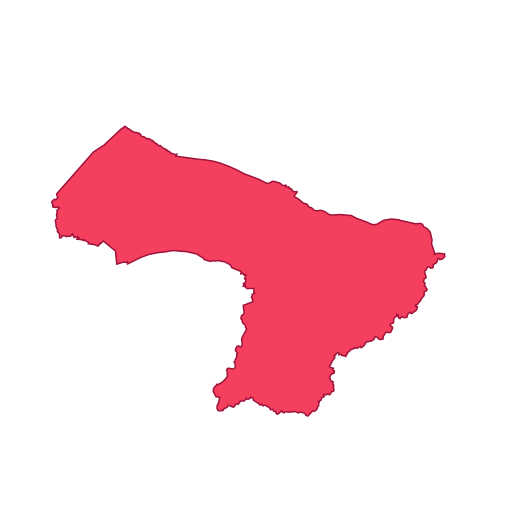 Selwyn District, Canterbury, New Zealand, rotated 159°
{"feature_id": "76426892B38400120345954", "entity_name": "Selwyn District", "entity_type": "district", "adm_level": 2, "iso_a3": "NZL", "parent_name": "New Zealand", "parent_adm1": "Canterbury", "projection": "robinson", "projection_center": [171.861, -43.322], "detail": "fine", "context": "isolated", "style": "filled", "palette": "rose", "viewbox_px": 512, "rotation_deg": 159, "n_neighbors": 0, "source": "geoboundaries", "source_scale": "gbopen_adm2", "svg_char_len": 6117}
<svg xmlns="http://www.w3.org/2000/svg" viewBox="0 0 512 512"><g transform="rotate(159 256 256)"><path d="M79.2,190.5L80.4,190.5L81.3,191.6L85.4,193.4L88.6,193.6L88.1,194.1L88.0,195.1L88.3,195.8L87.9,198.9L87.8,204.3L85.9,208.0L84.8,215.9L86.5,220.3L88.9,223.2L89.2,225.7L89.7,226.6L91.0,227.5L95.7,229.0L108.2,237.3L109.9,238.8L116.2,242.0L123.9,243.6L131.8,242.3L135.3,243.2L137.4,244.7L139.8,247.4L148.7,255.2L152.6,259.7L163.2,264.8L170.9,267.1L173.4,269.1L176.0,273.0L179.2,275.5L182.8,276.3L184.9,277.4L187.0,281.3L189.1,282.8L189.4,283.7L189.4,285.4L189.9,286.2L192.9,288.5L195.8,293.8L198.5,297.1L198.8,298.0L198.4,298.7L195.1,300.5L194.7,301.4L198.2,302.7L198.3,304.1L199.0,305.0L198.8,305.9L200.6,307.3L200.5,308.7L203.2,309.7L202.5,311.2L206.1,312.4L207.1,314.9L208.0,315.9L213.0,319.6L214.3,319.8L218.4,319.3L219.8,319.9L225.7,326.4L238.2,337.6L241.5,341.6L249.1,349.3L256.4,355.8L262.2,360.0L269.0,364.0L275.6,367.2L295.0,377.9L293.5,379.4L295.6,379.9L297.0,381.5L298.4,382.1L298.8,382.7L298.6,383.1L299.7,384.8L301.3,386.1L300.9,386.6L302.0,387.2L302.1,388.2L303.9,389.8L305.9,393.5L306.6,393.3L308.0,395.0L308.3,396.2L309.0,396.6L309.3,397.6L310.2,398.0L310.8,400.6L312.6,401.9L312.8,402.8L313.8,403.8L314.6,404.2L315.2,403.9L318.0,407.6L319.7,408.4L320.3,409.9L320.1,410.6L321.1,412.6L326.6,416.1L327.0,417.4L328.0,418.2L328.7,419.9L330.2,421.0L330.3,421.8L331.8,424.0L336.9,422.7L358.1,414.0L370.6,411.3L419.9,385.4L420.2,383.6L419.9,381.8L421.6,380.8L422.9,380.5L424.2,381.2L427.5,379.6L427.3,375.9L427.9,375.5L427.9,374.2L426.1,373.5L425.5,372.8L423.6,372.9L422.5,371.3L425.6,369.8L425.5,369.0L427.6,365.7L427.5,364.9L427.9,364.4L427.6,363.6L428.2,362.4L430.6,361.3L431.3,357.4L432.0,355.5L432.0,352.7L431.7,352.2L432.0,351.7L431.7,351.2L432.7,350.1L431.6,347.2L432.8,343.2L431.4,342.9L430.2,343.5L429.4,344.5L426.6,342.9L425.8,341.9L424.7,341.9L422.2,340.9L419.3,342.5L419.0,341.6L419.5,340.5L419.0,338.3L416.0,338.3L415.3,337.7L417.2,335.8L415.7,335.2L414.8,336.0L414.4,334.4L412.4,333.5L411.8,332.4L410.7,332.9L410.7,332.4L407.4,328.8L408.2,327.6L402.3,324.2L400.0,321.9L398.0,322.7L398.0,323.3L397.4,323.7L396.3,323.3L393.2,324.8L385.4,311.0L388.9,298.3L382.2,297.8L379.5,296.6L378.2,296.7L378.8,294.6L363.5,296.0L355.3,295.8L346.8,294.4L338.5,292.2L333.5,291.4L328.5,289.6L327.5,288.8L319.2,284.9L310.8,279.3L306.1,273.0L305.6,271.2L302.0,268.3L300.1,267.2L297.5,267.0L296.0,266.0L292.9,265.2L287.3,261.7L283.2,257.1L282.7,253.6L275.6,247.0L275.4,245.7L276.6,245.3L276.6,244.7L274.6,244.5L273.8,242.2L272.8,242.5L272.3,242.1L272.6,241.1L274.7,239.2L274.6,238.4L273.8,237.9L274.4,236.5L275.7,235.2L277.5,234.7L276.5,233.6L276.4,232.8L276.8,232.7L277.6,233.5L278.7,232.3L277.2,231.9L277.0,230.4L276.1,228.9L269.9,226.6L269.8,225.9L271.0,222.9L270.4,222.3L270.5,221.7L273.3,221.6L274.0,219.7L275.0,219.3L274.7,217.1L275.2,216.4L274.9,215.6L275.4,214.4L285.6,214.5L285.4,213.5L286.2,212.6L287.3,207.2L289.0,205.9L291.2,205.2L292.6,202.8L291.9,201.4L292.5,199.1L292.2,197.6L290.9,195.6L291.3,192.8L291.0,191.0L298.2,184.9L299.2,183.5L300.7,177.8L302.9,176.5L304.8,178.5L306.2,178.4L308.2,176.6L309.1,175.0L308.1,172.2L309.3,171.1L310.1,168.6L312.2,167.0L313.2,165.5L314.5,164.8L314.1,163.8L314.5,161.2L315.7,159.0L318.2,158.8L321.6,161.0L322.9,161.2L324.4,159.9L324.4,157.7L325.4,155.8L325.4,154.6L327.1,152.7L329.0,152.1L329.8,151.2L331.2,151.1L332.9,150.2L337.8,149.6L338.8,150.3L339.5,149.2L341.2,148.9L343.2,147.3L344.5,144.7L343.7,138.8L341.9,138.0L340.6,136.9L343.7,132.3L346.0,130.1L347.0,127.7L346.9,125.6L345.2,124.3L343.2,124.2L342.9,123.6L342.3,123.6L340.7,124.8L337.2,125.1L335.7,126.4L334.0,125.5L332.1,123.5L330.8,122.9L328.0,124.8L326.9,124.8L326.1,124.0L325.1,124.3L322.6,126.1L321.3,125.9L319.4,124.9L316.9,125.8L316.2,126.8L315.7,125.6L314.6,125.1L312.5,125.2L311.7,125.5L311.3,126.2L309.8,124.2L310.0,122.1L306.5,117.5L306.0,115.8L304.7,115.3L303.9,115.6L303.3,113.6L301.0,113.5L300.1,112.7L299.4,111.1L298.0,110.4L297.5,107.3L295.3,106.8L295.0,104.6L293.2,103.7L293.6,101.9L293.0,101.0L292.5,100.6L290.4,101.0L287.4,102.4L286.8,99.9L285.9,99.6L284.7,100.2L280.5,98.1L278.6,98.0L277.3,97.1L274.8,96.7L272.8,94.3L270.8,94.6L267.8,92.5L266.6,90.9L266.5,89.3L264.9,88.0L258.5,91.1L257.0,90.1L254.7,90.8L253.2,92.0L252.8,92.8L251.0,94.0L250.6,95.5L249.5,96.6L249.9,97.8L247.4,97.9L246.6,98.5L246.1,99.7L242.6,100.4L243.1,101.5L242.7,102.2L241.2,102.0L240.1,101.2L238.5,101.6L237.2,100.1L235.8,100.6L234.2,102.3L232.5,101.9L231.3,102.6L230.7,105.7L229.7,107.7L230.2,109.2L229.1,110.5L229.5,111.6L230.7,112.3L231.0,113.3L230.6,115.0L231.0,115.8L230.4,116.8L228.4,118.5L225.0,118.7L224.0,120.5L225.1,122.0L224.9,122.7L224.0,123.3L224.2,123.7L225.9,124.8L227.2,126.5L225.7,127.8L225.0,127.8L224.6,128.9L223.4,129.6L222.5,130.6L218.8,132.8L218.7,135.1L217.2,135.0L216.2,136.0L215.0,136.4L213.3,135.8L214.0,134.0L211.7,133.7L211.5,132.3L209.8,131.5L208.2,130.0L207.0,131.3L205.6,132.1L205.3,133.1L203.3,133.4L200.9,134.7L197.4,134.4L196.2,135.0L195.4,134.0L194.2,133.6L190.9,134.4L190.8,132.8L189.8,132.7L186.8,133.9L185.0,135.5L183.4,136.1L178.8,135.3L175.7,135.9L173.5,138.1L172.2,137.2L171.2,134.5L169.7,133.3L168.4,133.4L167.4,132.8L165.7,135.6L162.2,138.1L161.4,138.4L160.8,137.6L158.8,136.6L157.6,136.6L156.0,137.9L154.1,140.2L154.5,140.9L154.4,141.8L155.7,142.7L154.9,144.3L152.1,144.2L151.0,145.3L150.3,147.3L148.8,148.7L147.2,149.4L146.5,149.2L145.6,149.9L145.2,151.1L144.3,150.2L144.9,148.5L144.9,146.8L144.5,146.3L143.8,145.9L141.9,147.3L139.6,145.2L137.2,144.7L135.1,147.2L133.3,148.3L132.1,148.1L132.1,147.0L131.2,146.5L126.1,147.8L124.8,148.9L123.4,150.8L123.9,151.4L124.9,151.7L124.7,153.1L122.3,153.1L120.5,154.5L118.6,155.1L116.5,157.1L113.6,158.6L112.5,159.9L112.6,160.5L112.0,162.2L109.1,162.5L108.2,163.6L108.8,165.2L108.6,166.6L109.5,167.6L108.0,169.9L108.0,170.5L108.9,171.2L108.9,171.8L107.2,174.3L105.7,174.5L104.7,175.4L104.5,179.7L104.0,181.6L102.1,181.9L100.3,183.9L99.0,184.3L98.2,183.8L97.3,182.1L95.7,181.5L94.3,182.5L93.7,184.3L89.7,185.2L86.8,188.6L85.5,186.7L83.0,186.4L80.0,187.7L79.2,190.5Z" fill="#f43f5e" stroke="#9f1239" stroke-width="1.5"/></g></svg>